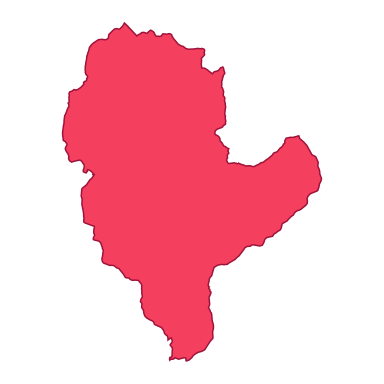 Pietroasa, Timis, Romania
{"feature_id": "2599482B40704425505074", "entity_name": "Pietroasa", "entity_type": "district", "adm_level": 2, "iso_a3": "ROU", "parent_name": "Romania", "parent_adm1": "Timis", "projection": "albers", "projection_center": [22.44, 45.772], "detail": "fine", "context": "isolated", "style": "filled", "palette": "rose", "viewbox_px": 384, "rotation_deg": 0, "n_neighbors": 0, "source": "geoboundaries", "source_scale": "gbopen_adm2", "svg_char_len": 5857}
<svg xmlns="http://www.w3.org/2000/svg" viewBox="0 0 384 384"><path d="M208.0,344.6L210.4,341.1L212.9,338.3L212.9,336.2L212.6,331.8L213.4,328.6L213.5,326.0L213.2,324.1L212.2,320.6L211.6,313.7L211.3,312.9L210.4,311.8L210.2,310.8L208.5,307.3L209.4,305.3L209.7,304.2L209.0,297.4L209.4,296.3L210.0,295.7L209.9,295.0L210.9,293.3L210.9,292.6L210.7,291.5L210.0,291.3L209.8,290.9L209.8,289.4L208.7,288.4L208.7,287.6L209.3,286.9L208.4,285.8L208.2,285.1L208.5,283.2L209.0,281.6L209.2,279.2L210.4,276.9L211.6,275.9L213.7,268.3L214.4,267.2L217.6,265.2L221.6,264.4L224.0,264.7L227.4,264.3L228.8,263.1L235.1,259.4L237.2,257.2L238.9,256.0L243.7,249.7L244.7,248.0L246.9,246.5L250.4,246.2L251.9,245.0L253.1,244.8L259.9,246.0L262.3,245.2L263.7,242.9L264.7,239.7L265.4,238.7L267.2,237.4L272.5,236.3L273.1,235.6L273.4,234.6L274.2,233.9L276.2,232.7L277.7,231.4L279.9,230.2L280.7,229.3L281.6,226.5L282.1,224.0L282.6,223.5L287.3,220.8L288.4,219.3L291.3,216.4L293.2,215.2L294.4,213.1L296.0,211.5L297.8,210.5L298.9,210.3L300.9,209.3L305.7,205.4L307.3,203.3L307.4,200.3L307.2,199.8L307.1,198.4L307.9,196.4L309.5,194.5L311.0,193.4L316.9,191.1L317.8,190.3L318.0,190.0L318.2,188.6L318.7,188.0L319.5,183.9L321.0,181.0L321.5,178.6L319.7,173.6L319.8,172.3L319.3,169.6L317.8,166.2L318.2,162.3L315.7,156.7L312.0,154.8L306.8,145.4L303.6,141.9L299.9,138.7L299.5,137.9L298.8,135.8L293.0,137.4L290.4,137.3L286.1,138.2L284.9,140.5L284.6,143.5L283.3,144.2L283.2,144.8L282.3,146.6L280.2,148.0L277.1,151.8L273.9,152.9L273.2,153.6L272.3,155.1L268.1,158.7L266.4,159.7L263.2,162.3L261.0,162.7L258.5,164.5L256.6,165.2L254.3,166.5L252.8,166.6L249.9,165.7L245.2,166.0L243.8,165.0L241.8,164.6L240.3,163.9L239.7,163.9L238.6,163.1L237.6,163.8L237.0,163.8L236.1,163.2L235.5,163.3L234.3,162.8L229.0,163.5L228.4,163.3L227.6,162.5L226.6,160.2L227.1,158.3L227.6,157.9L227.3,156.5L227.5,154.6L228.8,153.3L228.4,151.8L227.8,151.1L227.8,150.7L228.3,150.1L228.8,148.7L226.7,147.7L225.4,146.5L224.2,146.2L223.3,145.3L222.5,143.6L221.6,142.3L220.1,140.9L219.9,138.5L219.2,137.2L217.6,135.6L215.4,134.7L214.8,133.3L215.2,131.1L216.2,129.9L218.0,128.8L221.8,127.5L222.6,126.9L223.6,125.4L225.1,124.6L225.6,123.9L225.4,122.8L225.8,121.1L225.2,118.0L225.4,116.7L225.4,115.6L224.7,114.6L225.2,109.9L225.1,109.3L225.5,108.3L225.6,107.4L225.2,103.3L224.5,100.5L224.9,98.1L224.4,97.1L223.4,95.7L223.2,94.4L223.5,93.2L223.6,91.4L222.5,88.1L221.7,87.2L221.6,86.7L221.8,84.8L221.7,83.3L221.8,80.9L222.3,80.1L222.5,78.3L223.0,77.2L223.0,76.6L223.5,75.2L224.2,74.1L224.6,73.8L224.8,73.1L223.7,69.5L223.7,68.6L222.8,67.0L220.6,67.8L218.5,70.4L217.0,71.1L214.3,71.7L213.3,72.7L212.8,73.5L212.4,73.7L209.2,71.4L207.6,70.0L204.7,68.2L201.7,68.0L201.3,64.1L201.6,60.0L201.3,58.4L204.3,55.2L204.6,54.4L204.1,52.4L204.6,51.0L204.6,50.1L204.3,49.4L204.1,49.2L201.8,48.4L200.9,48.8L197.7,48.4L193.6,49.0L188.4,49.2L186.0,48.6L183.3,46.5L181.0,45.8L177.7,43.8L177.2,42.9L173.6,38.7L171.9,35.8L171.6,34.6L169.8,33.7L168.6,33.7L167.1,34.2L162.9,33.8L162.6,34.0L161.6,35.6L160.7,36.1L159.2,36.5L158.1,36.1L156.5,36.4L155.9,36.0L154.6,33.9L154.5,33.3L153.4,31.8L151.3,30.4L150.5,30.2L148.3,32.0L147.3,33.2L146.8,33.3L144.0,32.4L142.3,32.4L141.5,32.7L140.1,33.9L138.2,34.8L136.9,36.0L128.9,27.5L128.5,27.4L128.1,26.5L124.4,23.0L122.8,25.9L119.5,29.3L116.7,28.6L114.8,28.9L113.8,29.6L109.0,34.3L108.7,35.3L108.5,37.3L108.0,38.4L106.8,39.3L105.2,39.8L101.9,39.3L98.4,39.7L93.1,43.2L91.0,45.3L89.4,47.6L88.7,50.9L87.7,53.3L87.7,54.0L87.0,55.5L86.8,56.6L86.5,59.6L85.8,62.7L85.8,63.8L85.2,66.8L85.3,68.2L85.1,69.5L85.4,71.6L85.2,72.2L85.8,73.7L85.9,74.4L87.6,76.2L87.4,77.6L86.6,78.6L86.8,79.1L86.5,80.4L85.8,81.2L84.7,81.4L84.0,81.9L83.5,82.8L83.9,84.0L83.7,84.4L80.7,87.5L77.4,89.7L76.4,89.9L76.1,90.2L74.1,89.5L72.0,91.1L69.7,91.9L69.3,92.6L69.0,93.8L69.3,95.3L68.9,97.5L69.0,98.3L69.0,100.0L69.3,100.9L69.0,102.0L68.1,103.1L68.8,104.7L69.0,106.2L67.8,108.2L65.4,114.5L64.7,115.6L64.1,120.1L64.0,123.3L63.5,125.4L62.5,133.1L62.7,134.5L62.6,135.8L63.1,137.8L63.2,140.3L65.5,141.8L67.0,144.1L66.9,144.9L65.5,147.6L65.3,148.9L65.8,150.5L68.2,154.3L68.9,156.8L68.5,158.5L69.5,160.7L71.5,162.1L75.2,161.0L79.6,160.1L80.8,160.4L81.6,161.4L82.3,161.9L82.8,163.2L84.2,164.9L84.1,167.6L83.7,169.2L83.3,169.8L83.2,171.1L83.4,171.8L86.0,173.0L87.5,171.1L87.1,170.5L87.9,169.6L89.6,170.3L91.8,171.9L93.5,173.9L92.8,174.5L93.1,174.9L93.7,174.7L93.9,174.2L94.3,174.7L92.0,178.0L89.9,179.8L86.5,184.8L82.3,188.2L81.8,189.1L81.2,196.1L82.1,199.0L81.9,205.0L82.4,206.4L82.5,208.0L83.1,210.3L83.6,213.7L83.7,216.4L84.0,218.2L83.7,220.9L84.0,222.3L84.9,222.9L94.4,226.4L94.5,227.1L93.9,229.0L93.7,231.6L93.8,233.3L94.6,234.6L94.2,236.3L93.3,238.0L93.3,239.2L93.4,239.5L94.0,239.9L98.9,241.1L100.6,242.7L102.4,247.6L102.4,248.8L103.3,250.1L102.5,256.2L101.9,258.9L102.3,261.4L103.0,262.4L103.7,263.1L109.7,265.4L110.3,265.5L111.8,265.2L114.4,265.9L116.6,267.8L118.9,268.6L123.6,274.4L125.3,277.4L126.3,277.8L128.9,278.0L130.1,279.4L132.3,280.3L135.3,280.1L138.3,280.4L138.7,280.6L139.3,281.7L140.9,283.4L141.4,284.3L141.8,285.7L141.6,288.9L141.9,291.2L141.8,293.5L142.3,295.9L142.3,297.0L141.5,298.2L140.7,300.2L140.4,301.7L141.9,303.4L141.7,307.6L143.4,310.1L143.9,313.4L144.8,315.9L146.4,317.7L147.4,318.4L150.0,319.9L152.8,321.1L153.9,322.5L154.2,323.8L154.8,324.6L161.4,327.5L163.4,330.2L164.2,331.8L164.3,332.8L164.6,333.4L165.4,334.5L167.2,335.8L167.6,336.6L168.0,338.4L168.0,340.0L171.1,337.8L171.6,338.8L172.2,340.8L172.2,341.7L171.6,342.8L170.2,344.5L170.2,345.0L170.3,345.4L172.0,347.3L172.4,348.3L172.0,355.8L171.5,357.0L170.1,357.4L169.7,357.8L169.5,359.0L169.8,360.2L170.6,359.4L173.2,359.1L174.4,358.5L174.9,357.7L178.6,359.2L183.6,357.8L185.6,357.9L186.0,358.2L185.9,360.2L186.3,361.0L189.1,360.0L191.8,357.7L192.6,356.3L194.7,354.3L198.2,352.3L201.6,351.4L204.2,350.1L205.1,349.2L208.0,344.6Z" fill="#f43f5e" stroke="#9f1239" stroke-width="1.5"/></svg>